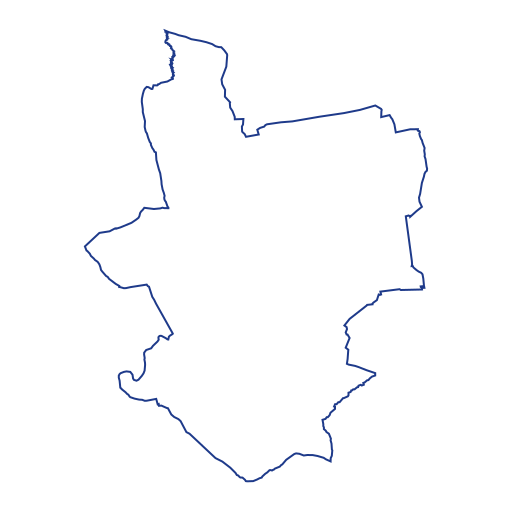 Mandra, Brasov, Romania, rotated 180°
{"feature_id": "2599482B32750582414869", "entity_name": "Mandra", "entity_type": "district", "adm_level": 2, "iso_a3": "ROU", "parent_name": "Romania", "parent_adm1": "Brasov", "projection": "robinson", "projection_center": [25.054, 45.815], "detail": "fine", "context": "isolated", "style": "outline", "palette": "blue", "viewbox_px": 512, "rotation_deg": 180, "n_neighbors": 0, "source": "geoboundaries", "source_scale": "gbopen_adm2", "svg_char_len": 6058}
<svg xmlns="http://www.w3.org/2000/svg" viewBox="0 0 512 512"><g transform="rotate(180 256 256)"><path d="M346.7,481.3L346.5,480.9L346.2,480.9L346.2,480.6L346.6,480.5L346.6,480.2L345.5,480.1L345.0,479.2L345.4,479.2L345.4,478.9L344.8,478.5L345.3,478.1L344.8,477.5L345.5,476.5L345.4,476.2L344.8,476.3L344.9,475.7L344.5,475.4L344.9,475.0L344.6,474.8L344.8,474.3L344.4,474.0L345.1,473.8L345.1,473.5L344.6,473.4L344.6,472.5L345.2,472.1L345.6,472.3L346.1,471.7L346.4,471.2L346.7,469.9L346.2,469.1L344.6,469.1L344.5,468.5L343.2,467.9L343.5,467.5L342.6,467.2L342.6,466.7L341.7,466.3L341.8,465.9L341.0,465.7L340.7,465.4L341.0,464.0L340.6,463.9L340.7,463.4L339.8,462.8L339.6,462.1L338.0,460.8L338.5,460.4L338.5,459.2L338.0,459.0L338.2,458.5L337.7,458.4L337.7,458.1L338.0,458.1L337.7,457.6L337.8,457.3L337.4,456.9L337.7,456.7L337.5,456.2L338.0,455.5L338.8,455.2L339.1,455.7L339.3,455.1L338.9,454.8L339.0,454.6L339.7,454.7L339.6,454.0L340.0,453.4L339.4,453.7L339.2,452.2L340.3,452.5L339.5,451.7L339.9,451.3L340.4,451.7L340.8,451.3L340.8,451.6L341.0,451.6L341.1,449.7L340.5,449.0L339.9,449.1L339.6,448.6L339.8,448.2L340.0,448.5L340.9,448.3L340.6,447.7L340.8,447.0L341.0,447.3L341.9,447.2L341.3,446.0L340.4,446.1L340.0,445.6L340.3,445.0L340.9,445.4L340.9,444.8L339.7,444.3L340.0,444.1L339.5,443.9L339.3,442.2L340.0,442.4L339.3,441.1L338.8,440.8L339.0,440.3L339.8,440.5L339.6,439.9L338.5,439.3L339.1,438.8L339.1,438.0L338.7,437.6L339.1,437.2L339.0,436.5L338.2,436.3L338.3,436.0L340.1,434.6L339.1,433.7L339.2,433.0L340.6,432.7L344.6,430.5L351.0,429.2L352.7,428.0L354.1,427.6L354.2,427.0L354.8,426.6L358.5,426.7L359.6,423.1L360.6,423.0L363.5,424.8L365.3,425.1L367.2,423.2L368.1,421.5L369.1,418.1L370.1,413.3L370.2,410.1L369.2,402.8L369.2,399.9L367.0,390.9L367.3,385.0L366.5,381.3L366.1,380.1L365.1,378.6L363.8,374.1L362.2,370.0L361.1,368.6L361.1,367.1L359.6,363.8L358.6,362.5L357.5,360.2L356.1,359.6L355.6,352.0L353.1,342.5L351.8,338.8L350.6,331.0L350.4,327.7L349.4,322.5L348.2,319.2L347.4,316.2L347.8,314.3L347.6,312.7L347.1,311.4L346.2,310.3L344.5,305.5L343.6,304.4L343.6,303.8L347.9,303.9L349.5,304.3L351.7,303.6L358.1,303.0L367.7,304.2L369.2,302.2L371.0,300.4L371.9,298.9L372.6,295.9L373.5,294.2L375.8,292.4L380.5,289.2L391.6,284.6L395.9,283.3L396.1,283.7L397.1,283.5L402.4,280.7L412.6,279.1L427.1,265.6L425.5,261.5L424.6,260.9L422.2,258.3L421.1,256.1L418.1,253.4L417.1,252.1L414.4,250.2L413.8,249.4L412.6,247.6L411.6,244.8L411.0,242.1L409.8,240.5L405.9,236.0L404.3,235.1L402.9,233.1L396.3,228.1L392.6,226.0L392.4,225.3L393.7,224.9L392.3,225.0L388.1,223.8L386.0,223.9L381.4,224.9L365.3,227.4L364.2,225.9L363.0,225.3L359.7,215.1L357.9,212.3L356.0,208.4L339.2,178.4L339.4,178.0L342.1,176.3L343.1,175.3L343.7,172.5L344.5,172.6L346.3,173.9L350.5,176.1L351.7,176.2L352.5,176.0L353.4,175.1L353.6,174.3L353.3,172.3L354.5,170.5L359.0,166.2L360.8,163.7L365.8,162.0L367.8,159.4L367.9,157.6L367.3,153.9L367.6,152.6L367.0,149.3L366.9,147.1L367.4,141.4L368.5,138.6L370.2,136.1L373.5,132.3L375.5,131.3L378.0,132.1L378.9,133.4L379.5,137.3L381.7,140.1L385.5,140.6L388.1,140.1L391.4,138.8L392.4,137.9L393.2,136.4L393.2,134.3L392.4,131.4L391.7,124.3L390.5,123.3L390.4,122.9L386.5,119.8L384.7,117.9L383.7,117.4L382.3,115.3L381.6,114.8L377.5,113.4L372.9,112.4L369.8,112.2L367.2,111.2L365.2,111.3L355.8,113.1L354.3,107.6L353.3,108.0L353.0,106.2L350.6,106.4L345.2,104.0L344.1,103.8L340.7,97.5L337.8,95.0L333.6,92.9L331.4,90.9L325.6,79.9L322.5,78.3L296.5,53.9L289.6,50.4L281.7,44.3L276.5,39.1L275.2,37.0L273.8,36.5L272.3,34.9L271.6,34.5L269.5,34.4L267.0,32.2L266.2,30.9L264.9,30.7L258.8,30.9L254.9,32.5L252.4,33.8L250.3,34.4L249.7,35.5L246.8,38.2L244.7,39.6L242.5,41.8L241.2,41.9L240.0,41.5L239.1,42.1L238.3,42.3L237.1,43.4L232.2,45.4L231.0,46.8L229.7,47.6L225.8,52.2L217.7,58.0L215.9,58.6L212.6,58.2L208.2,56.5L204.7,57.0L199.2,56.9L194.4,56.0L188.3,54.2L186.1,52.7L181.4,50.6L181.3,53.8L180.2,56.2L179.7,61.6L180.1,62.5L180.5,68.4L181.4,71.7L181.1,73.3L183.1,78.3L184.9,79.5L185.8,80.3L186.2,81.3L188.1,82.9L188.1,84.7L188.7,85.9L188.7,87.9L189.5,92.2L186.5,93.1L185.3,94.8L184.2,94.8L182.4,96.8L181.5,99.3L177.0,103.1L177.0,105.2L177.9,105.5L176.9,107.8L175.4,107.8L173.7,109.8L172.4,109.8L168.9,113.9L168.1,113.9L164.1,115.7L163.5,116.7L163.5,119.3L161.4,120.0L160.7,121.6L159.9,121.6L158.8,122.7L157.4,122.7L155.0,124.7L153.9,124.9L153.5,126.3L151.2,127.2L150.2,126.5L148.2,127.3L148.7,129.1L147.3,129.6L144.9,131.7L143.6,131.9L142.2,133.6L140.0,135.4L136.8,136.5L136.8,138.9L145.4,141.8L153.6,145.0L156.9,146.1L163.3,147.4L165.1,148.2L164.4,152.9L163.7,162.3L166.3,164.3L162.4,174.0L164.5,177.5L165.4,177.5L166.3,179.6L165.0,182.9L165.4,184.9L167.6,186.5L162.4,193.1L145.3,206.5L144.9,207.1L139.5,207.7L139.6,208.3L138.6,209.4L135.1,211.9L133.3,217.5L132.1,217.1L130.9,217.5L131.6,220.4L112.4,222.8L111.2,222.0L90.0,222.5L90.2,224.1L87.6,224.2L87.8,225.2L91.2,225.1L91.3,225.6L88.0,225.9L88.7,233.4L89.5,237.7L90.8,239.2L93.3,240.4L95.6,242.0L98.6,244.6L99.3,246.0L100.3,245.9L99.9,247.7L100.2,251.3L106.2,295.7L103.4,296.5L102.7,296.0L101.9,296.1L101.8,295.2L95.6,300.8L90.1,305.2L92.5,310.3L93.0,314.4L91.9,318.0L90.1,329.1L88.1,335.3L87.5,338.2L86.5,340.1L85.1,341.3L84.9,343.4L85.4,345.3L86.5,353.0L87.4,355.6L87.2,357.7L87.8,361.3L87.4,364.0L89.4,369.1L90.1,371.9L90.8,372.8L92.1,375.9L92.7,378.4L92.1,379.8L92.6,380.9L93.8,381.1L94.3,381.6L94.1,382.8L101.9,382.7L116.2,379.6L117.6,387.7L119.7,392.8L120.9,394.3L122.4,396.9L130.8,394.9L130.6,400.6L130.3,402.1L130.9,403.1L136.7,406.5L152.0,402.1L168.1,398.9L192.4,395.3L219.7,390.6L231.1,389.7L245.0,387.7L246.6,386.9L247.8,385.4L251.9,384.1L254.7,382.3L253.3,377.5L266.0,375.2L267.3,377.9L269.6,380.0L269.9,380.7L270.1,385.5L269.0,387.5L268.6,393.0L277.2,392.7L277.3,395.2L279.5,400.9L281.8,404.4L282.2,408.9L281.9,409.7L287.1,415.3L286.9,422.2L289.8,427.7L290.5,432.6L285.7,445.3L285.6,446.4L284.8,456.8L285.0,457.9L287.7,461.6L290.7,464.8L293.2,464.9L296.5,465.8L299.8,467.9L305.6,469.8L311.5,471.2L320.7,472.8L326.4,475.2L333.4,476.8L336.8,478.1L342.7,479.7L346.7,481.3Z" fill="none" stroke="#1e3a8a" stroke-width="2"/></g></svg>